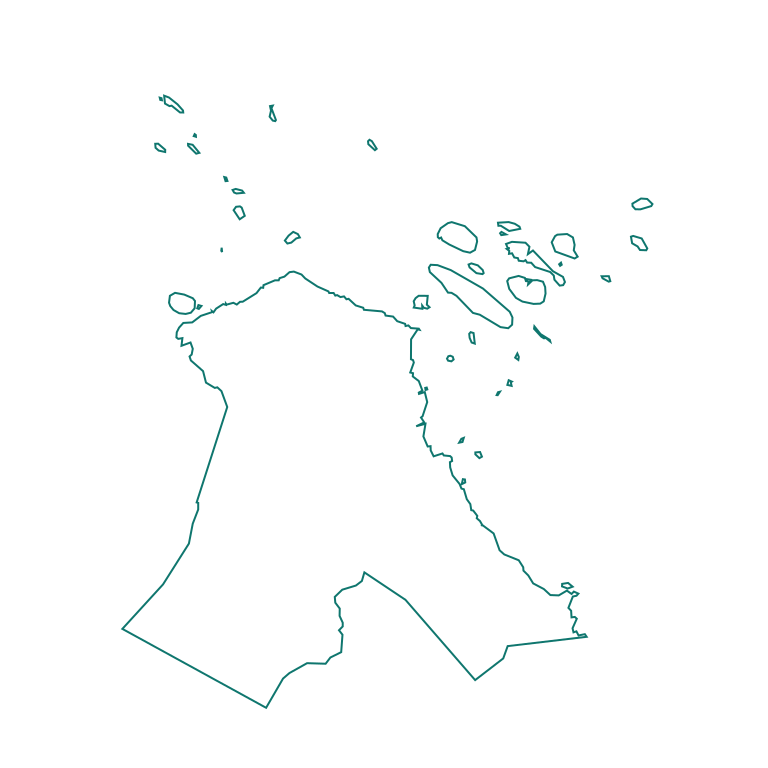 Muna Barat, Sulawesi Tenggara, Indonesia, rotated 84°
{"feature_id": "22746128B23924471266348", "entity_name": "Muna Barat", "entity_type": "district", "adm_level": 2, "iso_a3": "IDN", "parent_name": "Indonesia", "parent_adm1": "Sulawesi Tenggara", "projection": "albers", "projection_center": [122.382, -4.771], "detail": "fine", "context": "isolated", "style": "outline", "palette": "teal", "viewbox_px": 768, "rotation_deg": 84, "n_neighbors": 0, "source": "geoboundaries", "source_scale": "gbopen_adm2", "svg_char_len": 6183}
<svg xmlns="http://www.w3.org/2000/svg" viewBox="0 0 768 768"><g transform="rotate(84 384 384)"><path d="M656.6,208.9L653.8,210.4L654.4,216.8L650.1,218.5L650.8,221.5L646.6,222.0L637.6,216.8L635.6,218.6L635.7,221.9L629.1,221.6L625.9,224.0L615.1,218.4L614.7,214.7L612.8,212.6L610.3,216.9L612.4,219.4L608.6,223.7L612.5,232.3L611.3,240.6L604.6,246.5L597.9,256.5L589.5,260.5L584.2,264.8L580.8,264.7L573.4,268.4L566.1,282.2L561.5,286.4L544.1,290.6L534.5,301.0L535.3,302.1L534.3,301.1L530.3,302.9L527.2,305.8L524.9,305.0L519.2,308.5L518.6,310.4L512.5,310.7L507.2,313.7L497.0,315.6L496.1,317.9L491.3,319.3L482.1,325.3L473.9,326.9L468.6,326.6L467.7,324.3L464.2,324.4L462.6,325.8L461.3,332.0L459.2,333.1L461.1,342.2L454.9,344.5L450.7,344.2L450.7,347.1L440.3,350.3L427.9,346.9L429.4,356.4L426.4,348.0L421.2,350.7L420.1,349.0L406.5,342.9L396.3,344.3L397.5,350.2L396.2,350.3L394.6,346.5L384.7,349.1L379.5,354.6L376.3,354.0L375.3,356.7L365.8,352.1L363.3,352.6L362.2,354.6L342.4,352.4L333.2,344.8L333.8,343.0L332.6,343.6L331.2,351.4L328.3,353.6L328.6,356.5L326.4,356.7L322.9,364.3L317.9,367.9L316.1,375.3L313.6,375.8L311.6,378.4L308.1,396.2L306.0,396.7L302.9,403.9L295.6,410.3L295.8,412.5L292.7,414.6L293.0,418.2L290.7,421.3L291.0,423.2L288.2,424.6L287.8,429.0L286.1,429.6L280.1,440.0L270.8,451.3L266.5,454.6L262.8,461.9L262.9,466.3L266.8,471.8L267.8,476.7L269.9,477.9L269.5,481.6L273.1,493.5L275.7,494.1L275.2,496.4L280.3,501.3L287.4,515.9L287.2,518.6L289.6,522.1L287.5,525.3L288.6,532.2L287.6,532.8L288.8,532.9L287.7,535.6L291.5,543.1L294.9,546.1L293.6,547.4L294.5,547.2L297.1,559.1L302.7,568.3L302.3,577.2L306.5,581.9L310.9,584.7L316.0,585.6L317.6,583.9L317.3,579.7L324.8,581.4L322.5,572.1L329.0,570.5L334.6,572.2L336.3,574.5L340.4,573.6L352.3,562.6L364.0,560.9L370.2,552.7L369.9,550.1L374.1,546.4L390.5,542.3L482.2,582.7L482.8,581.2L489.4,581.9L502.9,588.8L522.3,594.7L560.2,624.7L600.2,669.8L693.7,535.1L666.4,515.2L661.6,508.3L653.6,489.7L656.1,471.3L650.4,465.9L646.2,454.6L629.0,451.5L624.2,454.5L620.8,450.4L617.1,450.0L610.0,452.4L602.7,451.5L596.4,455.3L590.6,455.2L584.2,447.0L581.5,433.0L577.6,426.6L569.3,423.2L600.9,385.2L688.0,324.3L669.4,294.1L657.6,288.4L656.6,208.9ZM299.8,310.8L300.4,307.3L303.9,302.7L322.6,288.1L325.1,281.5L339.6,262.2L341.5,254.6L338.4,250.4L331.3,249.3L325.3,251.4L299.4,275.6L277.7,305.7L271.4,318.3L270.3,325.1L272.9,327.2L277.5,326.7L289.4,316.3L299.8,310.8ZM304.4,213.6L298.9,215.2L296.7,220.8L296.4,225.5L300.1,230.3L297.5,229.6L297.9,228.4L295.7,227.0L294.7,230.7L296.8,230.6L296.5,232.1L293.2,232.8L290.6,238.8L292.0,248.5L294.5,250.7L302.5,249.5L312.1,243.8L316.5,237.7L320.0,226.8L320.4,220.2L318.5,216.5L311.0,213.9L304.4,213.6ZM243.6,315.1L245.1,313.8L244.3,311.9L247.2,310.9L252.1,304.5L260.2,291.3L262.4,284.7L260.2,279.5L252.0,276.5L247.9,276.7L235.5,287.1L230.1,299.7L230.7,303.6L235.0,311.4L240.5,314.9L243.6,315.1ZM298.1,203.6L304.5,199.0L304.4,195.5L301.5,193.4L296.2,194.8L289.5,204.2L266.8,221.9L269.9,227.3L262.7,225.0L258.3,228.5L256.0,241.9L257.5,248.0L261.5,246.8L262.1,244.8L262.5,247.8L264.7,245.5L267.6,246.1L267.4,243.0L271.8,241.2L272.8,237.7L275.5,237.1L276.6,232.3L275.6,230.3L278.2,229.0L278.8,224.9L283.5,221.5L290.0,207.0L293.9,203.8L298.1,203.6ZM279.1,181.3L277.6,178.1L270.9,181.3L265.6,179.9L258.0,180.8L254.0,186.2L253.6,196.0L254.8,198.4L260.6,202.4L270.1,199.8L279.1,181.3ZM288.9,564.4L281.7,563.3L278.7,565.2L274.2,573.3L271.5,582.3L273.9,587.7L280.7,589.3L284.2,588.4L288.4,585.6L292.2,580.3L293.6,573.9L292.9,568.6L288.9,564.4ZM313.6,333.1L312.4,330.7L309.6,333.1L300.9,331.3L299.9,340.3L301.9,343.6L304.8,345.8L309.0,345.3L311.1,346.4L313.2,338.0L310.0,337.8L312.4,336.4L313.6,333.1ZM233.1,118.2L236.5,115.7L237.1,110.7L235.0,99.6L233.1,98.2L227.5,102.9L226.4,109.0L230.6,118.1L233.1,118.2ZM270.0,122.5L273.7,117.4L277.5,115.4L278.4,109.2L276.7,108.0L266.2,112.5L262.8,120.7L263.3,123.0L270.0,122.5ZM238.8,251.3L244.9,243.5L243.9,232.3L241.7,232.8L238.3,237.2L236.0,243.1L235.5,253.8L238.6,253.7L238.8,251.3ZM85.0,566.1L92.6,558.5L93.0,555.3L91.0,555.3L84.3,560.1L76.6,567.9L74.3,572.5L82.2,572.5L85.2,568.3L85.0,566.1ZM284.1,273.3L281.0,273.9L275.8,278.3L273.2,284.5L274.0,287.4L277.0,286.7L283.4,280.5L285.0,274.5L284.1,273.3ZM195.4,515.4L205.1,510.3L202.2,504.9L193.7,507.1L192.3,508.7L192.3,512.6L195.4,515.4ZM234.2,465.4L233.7,461.4L230.0,456.0L229.5,452.4L225.9,454.0L223.2,458.4L226.5,463.4L231.0,467.6L234.2,465.4ZM125.2,586.5L128.3,583.7L130.4,577.4L128.2,577.1L121.4,583.5L121.2,586.4L125.2,586.5ZM110.2,463.9L98.0,467.1L95.5,465.5L95.7,468.3L100.3,467.8L106.2,469.8L110.4,467.1L111.2,464.7L110.2,463.9ZM126.5,553.9L135.3,546.7L134.8,543.5L126.1,549.3L124.7,553.8L126.5,553.9ZM353.3,289.5L342.7,289.6L341.5,292.4L343.0,294.0L347.1,294.0L351.9,292.5L353.3,289.5ZM603.9,228.1L606.6,222.7L605.3,217.6L601.1,221.7L601.4,227.7L603.9,228.1ZM149.3,366.7L141.2,370.7L139.6,372.9L140.9,374.5L143.9,374.5L150.5,368.6L149.3,366.7ZM305.4,148.2L300.3,149.1L299.6,156.3L301.7,155.6L305.7,149.8L305.4,148.2ZM344.8,229.0L353.4,222.6L355.3,220.1L355.1,218.3L359.2,214.2L357.4,214.5L350.7,223.1L342.4,228.4L344.8,229.0ZM177.9,513.1L179.1,510.8L179.2,503.4L176.8,504.9L174.5,511.1L175.2,514.3L177.9,513.1ZM365.4,318.7L367.5,317.8L368.5,314.6L366.9,312.2L364.1,312.8L362.8,315.1L363.1,317.1L365.4,318.7ZM466.5,294.2L461.7,295.6L461.6,300.3L463.5,300.5L467.7,296.9L466.5,294.2ZM395.6,257.7L395.0,256.6L393.3,259.6L397.8,261.4L399.2,257.3L395.6,257.7ZM367.6,248.2L371.5,250.8L374.1,247.9L371.2,247.1L367.6,248.2ZM490.4,313.5L487.4,313.5L486.9,315.5L491.7,317.1L490.4,313.5ZM450.2,315.4L449.9,312.0L445.9,310.3L446.6,312.8L450.2,315.4ZM289.2,561.8L290.0,560.3L287.3,557.4L286.1,560.3L289.2,561.8ZM246.2,252.8L248.2,251.8L248.0,247.0L245.0,251.3L246.2,252.8ZM161.5,521.2L165.7,520.4L165.7,518.5L162.2,519.3L161.5,521.2ZM284.0,194.8L281.8,195.3L283.2,197.3L284.9,196.5L284.0,194.8ZM231.5,531.2L234.5,531.9L235.8,531.2L231.5,531.2ZM403.8,269.5L404.1,271.5L406.8,273.1L407.0,272.1L403.8,269.5ZM394.3,343.3L393.9,341.5L392.0,341.9L392.2,343.4L394.3,343.3ZM117.6,547.3L118.5,545.2L116.7,545.1L115.7,546.2L117.6,547.3ZM78.1,576.8L78.6,575.2L76.5,575.4L75.8,577.1L78.1,576.8Z" fill="none" stroke="#0f766e" stroke-width="2"/></g></svg>